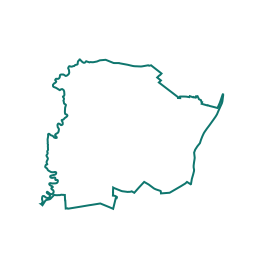 outline of Micula, Satu Mare, Romania, rotated 259°
{"feature_id": "2599482B78351896705801", "entity_name": "Micula", "entity_type": "district", "adm_level": 2, "iso_a3": "ROU", "parent_name": "Romania", "parent_adm1": "Satu Mare", "projection": "albers", "projection_center": [22.96, 47.916], "detail": "fine", "context": "isolated", "style": "outline", "palette": "teal", "viewbox_px": 256, "rotation_deg": 259, "n_neighbors": 0, "source": "geoboundaries", "source_scale": "gbopen_adm2", "svg_char_len": 5520}
<svg xmlns="http://www.w3.org/2000/svg" viewBox="0 0 256 256"><g transform="rotate(259 128 128)"><path d="M185.1,162.7L185.1,161.3L185.1,160.6L185.7,159.8L185.8,154.0L185.9,152.5L187.5,145.8L188.2,144.0L190.1,139.8L193.4,131.4L193.5,131.4L194.2,127.6L194.6,126.2L199.2,119.1L199.8,113.3L199.2,110.2L199.2,106.6L199.4,105.3L199.8,104.1L199.9,103.3L199.8,102.9L199.8,102.6L200.3,101.8L200.4,101.5L200.7,101.1L201.0,100.5L201.5,99.7L200.9,98.9L200.5,98.3L200.4,97.9L200.4,97.3L200.6,96.8L201.5,95.8L204.5,93.8L204.5,93.5L203.7,92.8L203.2,91.9L202.8,91.6L202.2,91.3L200.4,90.8L200.2,90.6L200.0,90.2L199.9,88.3L199.7,87.8L199.3,87.3L199.1,86.9L199.2,86.1L199.0,85.0L199.0,84.4L199.1,83.8L199.6,82.9L199.8,82.5L199.8,82.1L199.6,81.7L198.7,81.0L198.2,80.7L197.9,80.7L196.8,81.0L195.9,81.1L193.7,80.9L193.0,80.6L192.3,80.1L191.4,78.7L191.1,77.9L191.0,77.3L191.0,76.8L191.6,76.1L192.5,75.2L192.8,74.8L193.0,74.3L193.0,73.6L193.1,73.2L193.3,72.6L193.2,72.1L193.1,71.7L192.9,71.4L192.5,71.2L191.8,71.0L190.9,70.7L190.4,70.3L190.0,69.9L189.8,69.5L189.6,69.0L189.6,68.7L189.9,67.3L190.0,66.8L189.8,66.4L189.2,65.8L188.9,65.7L187.5,66.4L187.0,66.2L186.6,65.8L186.2,65.1L185.9,64.0L185.5,63.5L184.7,62.6L184.3,62.5L183.4,62.4L183.0,62.5L182.8,62.7L182.4,63.0L181.3,64.8L180.0,66.3L179.2,67.1L178.2,68.2L178.2,68.4L178.6,69.1L178.8,70.5L178.7,70.9L177.8,71.8L177.3,72.1L176.7,72.2L175.8,72.3L172.7,71.9L172.0,71.5L171.5,71.0L171.3,70.2L170.6,70.2L169.6,70.7L169.3,70.8L168.7,70.7L167.8,70.3L167.1,69.8L166.3,70.0L164.7,69.9L164.2,70.0L163.9,70.2L163.2,71.0L162.7,71.4L162.3,71.4L159.8,70.1L157.8,69.6L156.3,69.2L155.0,69.0L154.3,69.0L153.8,69.1L153.4,69.5L152.9,70.4L152.5,70.7L152.0,70.9L151.6,70.8L151.2,70.5L150.5,69.4L150.2,68.7L149.9,67.9L148.8,66.5L148.6,66.0L148.5,64.7L148.3,64.4L147.8,64.4L146.2,64.9L145.5,64.9L144.5,64.7L144.0,64.5L143.7,64.0L143.6,63.4L143.6,62.9L143.9,62.5L144.8,61.9L145.1,61.6L145.5,60.9L145.6,60.5L145.5,60.2L145.1,59.8L144.7,59.5L144.2,59.3L142.4,59.2L141.9,59.3L141.4,59.6L140.1,60.0L138.1,59.3L137.6,59.0L137.1,58.7L136.9,58.4L136.6,58.1L136.0,56.3L135.7,55.7L135.2,55.2L134.9,55.1L134.4,55.2L133.3,55.9L132.7,56.2L132.1,56.2L131.9,55.6L132.0,55.1L132.4,54.3L132.6,53.9L132.9,53.6L134.1,53.0L134.5,52.6L135.0,52.0L135.6,50.9L135.9,50.6L136.3,50.3L137.1,49.8L137.3,49.5L137.4,49.2L137.4,48.8L137.2,48.5L136.9,48.3L135.9,48.2L135.0,48.0L132.2,46.9L128.7,46.4L127.8,46.1L127.1,46.3L126.5,46.2L125.5,45.8L124.5,45.8L123.9,45.6L122.1,45.4L121.5,45.1L120.7,44.4L120.4,44.3L119.6,44.2L118.8,44.4L118.1,44.1L117.5,43.6L117.0,43.0L116.7,42.8L116.3,42.7L115.2,43.0L114.3,43.4L113.6,43.5L113.2,43.5L112.9,43.4L112.1,42.9L110.7,41.8L110.1,41.6L109.4,41.5L108.7,41.6L108.1,41.8L107.8,41.8L107.7,41.6L107.6,41.0L107.5,40.5L107.2,40.1L106.0,39.4L105.6,39.3L105.0,39.6L103.6,40.9L102.5,41.1L101.9,41.4L101.5,41.7L100.9,42.3L99.5,44.0L99.2,44.7L98.9,45.7L98.8,46.5L98.8,47.7L98.7,48.1L98.5,48.6L98.2,48.9L97.7,49.0L97.3,48.9L96.7,48.5L96.4,48.1L96.2,47.5L96.1,46.8L96.0,44.5L95.9,43.3L95.8,42.9L95.5,42.5L95.0,42.3L94.7,42.4L94.2,42.6L93.8,43.2L93.5,44.0L93.4,44.7L93.5,45.9L93.5,46.3L93.3,46.7L93.0,47.0L92.6,47.1L91.2,46.8L90.8,47.0L90.7,47.4L90.6,48.3L90.4,48.8L89.9,49.1L89.2,49.0L88.8,48.8L88.2,48.5L87.8,48.1L87.5,47.1L87.5,46.2L88.0,43.1L88.7,41.3L88.7,40.8L88.6,40.4L88.2,40.1L87.8,40.0L87.5,40.1L87.0,40.4L86.3,41.0L85.7,41.8L85.1,42.6L84.6,42.9L84.4,42.9L84.2,42.7L83.8,41.6L83.6,41.4L83.3,41.2L83.0,41.2L82.2,41.6L81.3,42.6L80.9,42.8L79.7,42.9L78.7,42.5L78.5,42.3L77.9,41.3L77.7,40.9L77.6,40.2L77.9,39.5L78.3,38.9L80.6,36.9L80.7,36.7L80.8,36.5L80.7,36.3L80.3,36.0L79.6,36.1L78.4,37.2L77.4,38.2L77.0,38.4L76.5,38.5L76.1,38.4L75.7,38.2L75.3,37.9L74.8,37.3L74.6,36.7L74.6,36.0L74.7,35.5L75.1,34.7L75.4,34.2L77.1,32.7L77.3,32.2L77.4,31.6L77.4,31.4L77.2,31.1L76.7,30.7L75.0,30.1L74.3,30.0L72.8,30.2L71.8,30.1L70.4,28.9L70.0,28.4L70.0,28.1L69.8,28.3L68.5,29.3L72.2,32.8L72.6,33.4L72.9,34.0L73.0,37.4L73.1,37.9L73.4,38.5L73.9,39.2L76.3,42.6L76.4,42.8L75.9,44.1L75.6,45.4L75.1,48.5L75.2,49.1L75.2,49.9L74.7,51.6L74.6,52.3L74.4,52.6L74.3,53.2L68.9,52.4L68.8,52.6L60.8,51.5L60.7,53.3L60.3,53.6L60.2,54.4L59.8,67.2L59.6,75.3L59.5,77.0L59.2,86.4L53.9,94.5L51.5,98.0L61.3,102.5L61.1,103.1L61.1,103.3L62.0,103.9L62.5,103.9L63.2,103.1L64.0,102.0L64.5,100.3L67.7,101.1L67.8,101.0L72.4,102.1L71.7,102.9L67.5,109.4L67.0,110.4L65.3,115.5L65.2,116.6L65.1,116.9L65.0,117.7L65.0,119.4L65.1,119.6L63.2,121.8L67.5,127.4L72.0,133.6L68.6,137.5L64.1,141.6L63.4,142.3L62.3,143.9L60.1,147.8L59.9,148.0L59.7,148.1L57.5,147.9L56.5,156.5L60.8,168.9L62.6,173.7L63.8,175.6L60.8,178.8L60.9,179.1L65.7,180.9L70.2,183.2L73.2,184.6L74.5,184.9L76.7,184.9L78.4,185.2L81.5,186.2L84.2,187.2L86.0,187.8L91.2,188.2L93.7,189.7L93.9,189.8L96.8,192.6L99.4,195.7L102.5,197.4L105.5,199.3L108.4,201.4L109.7,202.6L112.3,205.3L115.0,208.3L116.6,210.0L119.9,213.5L122.6,216.3L124.5,218.0L127.5,220.0L131.6,222.9L134.1,224.7L134.8,225.1L136.3,225.8L142.1,227.7L143.6,227.9L142.3,227.0L138.6,224.9L135.3,223.0L131.7,220.5L130.6,219.6L132.5,215.7L134.3,211.8L134.6,211.6L135.3,210.3L135.3,210.1L135.1,210.0L137.7,204.9L139.2,205.7L139.6,205.0L141.3,205.0L142.7,203.2L146.0,202.3L146.1,200.8L145.0,200.6L144.9,200.5L144.9,200.1L145.2,199.4L146.0,198.3L145.9,198.0L145.7,197.8L147.5,194.7L146.6,194.1L147.8,190.8L148.9,185.5L148.9,185.0L147.4,184.9L147.9,182.8L149.0,182.9L149.3,182.5L156.3,176.3L166.8,167.0L168.4,169.4L172.0,166.3L173.4,168.4L173.8,169.4L174.2,170.1L175.1,171.3L184.3,163.3L185.1,162.7Z" fill="none" stroke="#0f766e" stroke-width="2"/></g></svg>